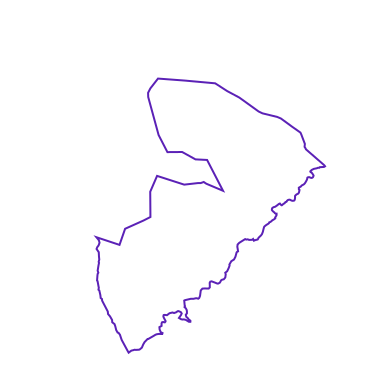 Abejones, Oaxaca, Mexico (Mercator projection), rotated 63°
{"feature_id": "50627088B68012167176325", "entity_name": "Abejones", "entity_type": "district", "adm_level": 2, "iso_a3": "MEX", "parent_name": "Mexico", "parent_adm1": "Oaxaca", "projection": "mercator", "projection_center": [-96.608, 17.49], "detail": "fine", "context": "isolated", "style": "outline", "palette": "violet", "viewbox_px": 384, "rotation_deg": 63, "n_neighbors": 0, "source": "geoboundaries", "source_scale": "gbopen_adm2", "svg_char_len": 4412}
<svg xmlns="http://www.w3.org/2000/svg" viewBox="0 0 384 384"><g transform="rotate(63 192 192)"><path d="M229.0,76.6L228.7,76.9L228.1,77.3L227.3,77.2L226.7,75.4L226.7,73.0L227.5,70.1L227.6,68.8L228.2,67.5L227.9,66.9L229.6,63.0L229.5,61.8L228.7,61.9L227.7,62.2L205.7,71.1L204.7,71.0L202.9,71.2L200.4,69.6L190.4,68.5L188.3,68.4L179.2,73.2L166.9,79.4L163.8,82.0L153.9,93.5L150.5,96.1L129.3,107.0L118.1,114.8L105.7,122.0L105.0,123.1L89.4,147.9L75.5,170.8L80.8,182.1L83.7,186.1L85.6,187.0L87.5,187.9L126.1,195.9L145.3,195.8L151.9,182.6L164.5,174.1L170.3,164.0L205.0,163.8L191.1,175.5L188.4,177.0L188.0,180.2L186.8,182.5L181.9,195.6L161.8,215.8L172.8,229.1L195.4,240.4L195.4,248.1L194.4,268.3L206.2,280.6L188.9,297.7L191.2,297.2L192.8,296.9L195.2,297.4L197.2,299.5L198.1,301.4L199.4,302.9L203.3,302.4L207.3,304.2L210.1,305.3L211.9,306.9L212.9,307.0L214.9,308.6L219.3,311.8L221.4,312.1L222.0,313.1L223.2,314.0L227.8,316.8L228.5,316.6L233.5,318.1L235.0,318.5L236.6,319.7L237.7,319.3L242.4,320.5L245.0,321.5L246.5,320.8L248.0,321.4L249.8,321.4L260.3,321.3L262.6,322.2L265.6,321.5L269.7,321.3L271.9,322.2L274.5,321.0L276.7,321.3L280.6,322.2L283.5,322.1L284.1,321.4L286.5,321.0L289.0,321.4L291.9,321.8L304.0,321.5L306.4,321.4L306.0,319.2L305.8,318.1L306.0,317.2L306.2,316.5L306.5,314.7L307.1,313.9L308.5,310.7L308.5,309.8L307.9,307.3L305.7,304.7L304.2,302.4L302.8,298.3L303.1,297.8L302.8,291.7L302.6,289.3L302.8,287.8L303.4,286.0L305.0,283.0L304.3,282.3L302.7,283.5L299.9,283.3L297.6,282.4L297.5,279.9L295.3,278.8L294.5,277.9L294.7,276.7L295.3,276.2L295.8,275.4L295.4,274.4L294.9,274.1L290.9,274.2L289.6,273.9L288.8,273.1L289.1,272.1L290.4,270.2L289.8,267.1L290.5,264.1L291.7,262.9L292.0,260.7L291.7,259.0L292.0,258.1L293.9,256.5L295.5,256.3L296.6,257.6L298.3,260.8L300.4,259.5L301.3,258.4L301.8,257.1L303.1,255.6L306.2,253.7L306.9,252.4L306.2,251.9L305.1,252.2L304.1,252.8L302.5,253.0L301.7,253.3L300.8,253.7L299.8,253.6L298.6,253.3L297.8,251.6L296.2,250.8L294.8,250.3L292.9,250.3L291.1,250.9L290.5,250.0L289.7,250.0L285.2,248.2L285.2,247.3L286.6,241.6L287.8,239.3L288.2,237.7L288.5,236.6L289.0,235.8L289.9,234.9L289.7,233.7L288.2,232.0L283.7,228.9L282.8,226.6L283.7,224.5L285.6,221.0L285.1,219.5L283.2,218.5L281.0,217.5L280.2,216.4L280.5,215.1L282.9,212.9L285.1,211.0L285.5,210.1L285.4,208.3L283.9,206.1L283.8,205.1L284.2,203.3L283.6,201.8L283.1,201.0L280.6,199.3L279.0,199.0L278.6,196.7L276.2,193.6L274.6,191.9L273.6,191.6L271.5,188.4L271.4,187.2L271.2,185.2L269.4,182.7L266.1,179.7L265.8,179.0L265.8,177.9L263.1,177.0L261.4,176.5L259.5,175.2L258.8,173.2L258.6,171.7L258.1,166.0L259.0,165.3L259.5,163.8L260.6,162.9L261.9,160.1L261.6,158.9L263.5,158.9L263.4,157.9L263.8,157.0L263.7,156.5L263.8,156.2L264.0,155.7L264.1,155.3L264.1,154.9L263.8,154.5L263.0,153.5L262.0,150.2L261.3,148.8L259.6,146.9L257.7,145.3L256.6,144.3L256.0,143.8L255.6,143.1L255.3,141.8L255.1,140.7L254.9,138.4L254.8,137.9L254.6,137.4L254.1,136.9L254.3,135.8L254.2,135.2L254.0,134.2L253.7,133.5L253.7,133.1L253.6,131.4L253.4,130.2L253.1,129.6L252.6,129.6L251.9,128.6L251.5,127.8L251.2,127.4L250.8,127.0L250.3,126.8L249.9,126.6L249.7,126.5L249.4,127.2L249.2,127.2L248.9,127.5L248.4,127.8L247.5,127.9L246.6,128.4L245.4,128.8L244.3,129.0L243.9,128.8L243.3,128.4L243.0,128.1L242.9,127.8L242.7,127.6L242.6,126.9L242.6,126.4L242.6,125.8L242.7,125.4L242.8,125.2L242.9,124.2L242.8,123.9L242.7,123.4L242.7,123.0L242.7,122.7L242.5,122.2L242.4,121.4L242.1,120.2L242.1,119.4L242.2,119.2L242.2,118.9L242.5,118.8L242.8,118.8L243.2,118.8L243.4,118.7L244.1,118.4L244.5,118.2L244.6,117.8L244.4,117.2L244.3,116.7L244.2,116.4L244.0,115.3L244.1,115.0L244.1,114.7L243.9,114.3L243.5,113.6L243.4,113.2L243.6,112.7L243.5,112.0L243.1,111.6L242.9,111.1L242.7,110.3L242.8,109.5L243.0,108.8L243.4,108.2L244.0,107.8L244.8,107.2L245.3,106.7L245.6,106.2L245.8,105.7L246.0,105.0L246.0,104.7L245.9,104.5L245.5,104.0L245.1,103.6L243.6,102.6L242.5,102.1L242.1,101.7L241.6,99.9L241.7,98.3L241.1,97.0L240.6,96.6L240.1,96.2L239.6,95.7L239.3,95.5L238.9,95.3L238.7,95.5L238.4,95.6L238.2,95.6L237.2,95.1L236.7,94.9L236.6,94.3L236.6,93.5L236.5,92.3L236.1,91.6L236.0,91.2L236.0,90.5L236.0,89.6L235.9,88.6L235.5,87.5L234.9,86.5L234.4,85.7L233.7,84.7L233.1,83.9L232.4,83.3L231.6,82.7L231.5,82.4L231.8,81.2L232.0,80.8L232.7,80.2L232.9,80.0L233.4,79.6L233.7,79.2L233.8,78.7L233.9,78.2L233.7,77.5L233.1,76.7L232.5,76.2L231.0,76.3L229.0,76.6Z" fill="none" stroke="#5b21b6" stroke-width="2"/></g></svg>